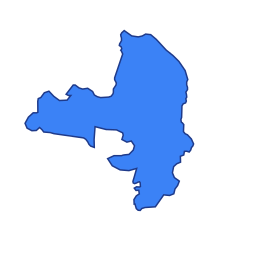 SVG path tracing the border of Jász-Nagykun-Szolnok, rotated 323°
{"feature_id": "HUN-3175", "entity_name": "Jász-Nagykun-Szolnok", "entity_type": "County", "adm_level": 1, "iso_a3": "HUN", "parent_name": "Hungary", "parent_adm1": "", "projection": "albers", "projection_center": [20.367, 47.222], "detail": "fine", "context": "isolated", "style": "filled", "palette": "blue", "viewbox_px": 256, "rotation_deg": 323, "n_neighbors": 0, "source": "natural_earth", "source_scale": "10m", "svg_char_len": 2011}
<svg xmlns="http://www.w3.org/2000/svg" viewBox="0 0 256 256"><g transform="rotate(323 128 128)"><path d="M178.3,49.1L180.3,48.2L183.6,47.9L186.4,56.7L191.0,61.4L194.8,63.1L198.6,63.6L202.3,67.1L203.9,74.1L205.4,88.9L207.5,97.1L208.7,105.4L208.2,116.5L204.9,125.3L202.6,126.5L200.8,128.9L200.0,131.3L198.7,133.1L195.8,134.2L194.8,136.5L193.5,138.7L191.8,139.4L190.8,141.6L189.1,142.6L186.7,141.9L184.4,142.8L177.2,151.8L175.3,153.1L174.1,155.5L174.5,156.5L174.6,158.8L170.1,164.3L170.2,167.0L171.4,169.2L172.0,174.9L170.8,180.2L168.9,181.4L167.0,181.8L164.7,183.4L162.4,184.0L160.9,181.9L159.0,180.6L156.3,183.1L152.8,182.1L149.4,186.9L145.4,185.9L141.2,186.3L136.5,190.5L135.2,195.5L137.0,201.3L133.0,203.8L128.8,205.0L125.0,208.1L120.6,206.9L116.3,202.9L102.4,207.4L93.7,201.7L90.5,200.6L88.2,201.2L86.6,199.8L86.1,197.4L87.8,192.9L87.1,192.5L89.7,188.7L93.8,187.2L97.4,187.4L99.1,184.2L96.8,182.7L96.8,179.8L99.4,180.1L101.6,182.0L102.7,182.2L104.8,179.0L104.8,177.9L103.5,177.3L101.6,177.0L99.8,176.4L99.1,175.0L99.8,173.6L104.0,170.5L110.6,165.5L103.1,162.6L96.5,156.7L92.7,148.7L93.3,140.2L100.2,141.7L106.2,146.2L107.8,146.7L109.6,147.7L112.9,149.7L118.9,148.8L122.5,146.1L122.8,140.4L118.6,138.6L116.2,133.5L119.9,130.8L120.8,128.6L117.7,122.6L109.6,116.0L102.5,107.1L94.0,116.8L89.4,123.2L87.3,120.0L87.0,117.5L87.5,114.9L87.5,111.7L86.6,109.2L65.4,87.9L63.2,84.9L58.3,80.5L58.3,77.6L57.7,74.4L53.3,74.8L49.6,72.3L47.3,67.4L48.6,62.3L55.0,59.4L61.4,58.8L64.1,60.9L65.5,61.2L72.0,52.4L74.0,50.5L76.7,51.2L82.4,49.5L87.0,51.0L87.8,58.1L89.8,64.8L96.1,69.1L101.9,67.6L100.0,66.2L98.9,63.8L110.1,60.7L111.7,61.9L113.0,66.5L115.2,69.6L119.7,72.0L121.7,77.5L121.0,81.4L122.3,84.5L124.4,87.2L131.2,91.7L133.8,92.5L136.7,91.6L137.8,90.7L139.3,88.7L139.9,88.0L144.2,86.5L145.8,85.0L146.4,81.4L147.5,79.9L168.3,65.7L169.0,62.6L169.0,61.5L170.1,61.3L170.7,60.9L171.0,60.1L171.4,59.0L170.7,56.9L171.9,55.8L175.4,54.3L177.0,52.1L177.6,50.4L178.3,49.1Z" fill="#3b82f6" stroke="#1e3a8a" stroke-width="1.5"/></g></svg>